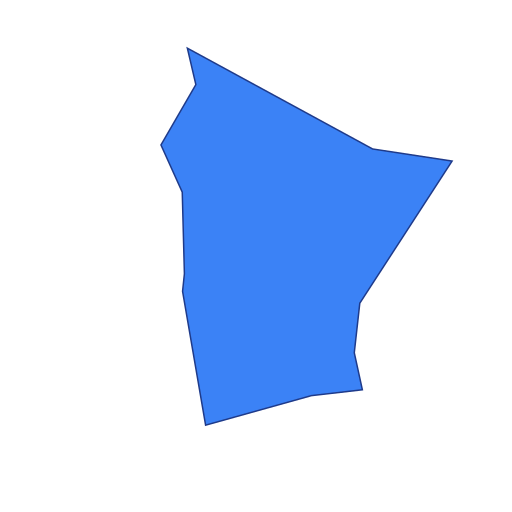 the district of Hopewell, Virginia, United States of America, rotated 117°
{"feature_id": "52423323B69617253106645", "entity_name": "Hopewell", "entity_type": "district", "adm_level": 2, "iso_a3": "USA", "parent_name": "United States of America", "parent_adm1": "Virginia", "projection": "natural_earth1", "projection_center": [-77.3, 37.288], "detail": "fine", "context": "isolated", "style": "filled", "palette": "blue", "viewbox_px": 512, "rotation_deg": 117, "n_neighbors": 0, "source": "geoboundaries", "source_scale": "gbopen_adm2", "svg_char_len": 337}
<svg xmlns="http://www.w3.org/2000/svg" viewBox="0 0 512 512"><g transform="rotate(117 256 256)"><path d="M82.4,124.4L107.7,200.7L102.0,411.5L130.6,387.4L200.2,391.1L232.6,350.7L304.4,311.7L320.8,305.4L429.6,224.1L355.3,143.3L326.9,100.5L297.6,124.5L250.9,142.1L82.4,124.4Z" fill="#3b82f6" stroke="#1e3a8a" stroke-width="1.5"/></g></svg>